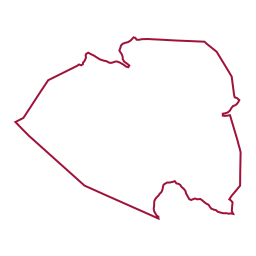 Planaltino, Bahia, Brazil
{"feature_id": "56859067B83552260244664", "entity_name": "Planaltino", "entity_type": "district", "adm_level": 2, "iso_a3": "BRA", "parent_name": "Brazil", "parent_adm1": "Bahia", "projection": "mercator", "projection_center": [-40.275, -13.193], "detail": "fine", "context": "isolated", "style": "outline", "palette": "rose", "viewbox_px": 256, "rotation_deg": 0, "n_neighbors": 0, "source": "geoboundaries", "source_scale": "gbopen_adm2", "svg_char_len": 1949}
<svg xmlns="http://www.w3.org/2000/svg" viewBox="0 0 256 256"><path d="M79.0,64.5L77.4,65.7L59.1,74.8L48.2,80.2L40.8,91.3L25.6,114.6L23.4,117.9L15.4,122.0L21.8,128.6L28.8,135.7L49.0,153.8L59.9,163.6L84.5,185.6L106.8,195.6L149.2,214.4L158.5,218.6L158.3,216.6L156.8,215.8L155.5,213.7L154.1,211.1L153.7,208.6L154.1,206.0L154.2,203.5L154.3,201.2L155.2,199.2L156.9,197.1L158.7,195.3L159.6,193.8L161.1,192.5L162.0,190.9L162.6,189.1L162.9,186.8L163.7,184.6L165.1,183.7L167.2,182.5L170.0,182.5L172.5,181.9L174.8,181.2L176.4,183.4L178.5,183.8L180.3,185.0L181.6,187.0L183.8,188.9L185.5,191.1L186.0,193.3L187.2,195.4L188.3,197.5L189.3,199.2L191.2,200.0L193.0,199.2L194.9,198.5L197.2,199.3L200.3,199.0L202.3,200.4L204.0,201.9L206.2,203.6L208.5,204.7L210.0,207.0L211.4,208.7L213.7,209.6L216.1,210.2L217.7,211.7L220.2,212.5L223.7,213.3L226.5,213.2L228.6,213.7L230.7,213.4L233.2,213.9L231.8,211.0L232.0,208.6L232.2,205.5L232.6,202.5L231.1,200.6L229.3,199.3L231.4,196.1L240.1,185.7L240.2,174.3L240.6,152.2L239.5,147.8L238.8,145.5L237.6,140.7L230.0,115.2L227.4,115.6L224.8,115.9L222.8,115.6L222.8,113.7L225.3,113.3L228.0,112.3L230.0,110.5L231.4,108.0L233.1,106.0L235.4,105.2L237.0,103.8L238.2,102.2L239.3,100.1L237.0,98.1L234.7,97.3L234.1,95.1L233.0,86.5L232.3,81.4L231.7,76.6L228.2,70.7L221.0,58.9L216.7,51.8L206.6,43.7L204.5,41.7L175.9,40.5L166.3,40.0L161.4,39.7L153.2,39.3L147.6,39.0L141.8,39.2L138.8,39.8L136.7,39.7L135.2,37.8L133.5,37.4L132.1,39.0L130.5,40.6L128.1,42.1L124.9,42.9L122.7,43.8L121.0,45.5L120.4,47.7L119.4,50.6L120.6,52.6L121.7,54.1L122.6,56.6L122.8,59.3L124.3,61.8L126.0,62.9L127.5,64.0L129.3,65.5L128.3,67.2L126.1,66.6L124.3,65.2L122.4,64.0L119.7,62.5L117.4,61.6L115.4,61.5L113.1,62.4L110.9,62.9L109.0,62.6L106.8,61.3L104.6,60.8L101.9,60.1L99.8,59.3L98.0,58.2L96.4,57.2L93.8,55.5L90.8,54.1L88.3,52.7L86.2,53.9L85.6,55.5L86.0,57.5L85.3,59.1L84.6,60.9L83.1,62.5L82.9,64.2L81.2,65.3L79.0,64.5Z" fill="none" stroke="#9f1239" stroke-width="2"/></svg>